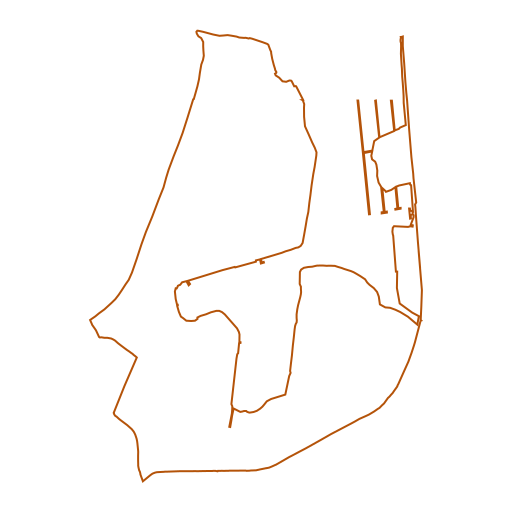 outline of Rodney Bay, Gros Islet, Saint Lucia
{"feature_id": "8701671B61329229942409", "entity_name": "Rodney Bay", "entity_type": "district", "adm_level": 2, "iso_a3": "LCA", "parent_name": "Saint Lucia", "parent_adm1": "Gros Islet", "projection": "equal_earth", "projection_center": [-60.952, 14.073], "detail": "fine", "context": "isolated", "style": "outline", "palette": "amber", "viewbox_px": 512, "rotation_deg": 0, "n_neighbors": 0, "source": "geoboundaries", "source_scale": "gbopen_adm2", "svg_char_len": 6040}
<svg xmlns="http://www.w3.org/2000/svg" viewBox="0 0 512 512"><path d="M402.8,36.5L401.3,37.0L400.8,37.0L400.9,37.5L400.5,40.0L400.6,41.9L401.0,42.9L401.1,46.2L400.9,53.7L401.6,65.0L401.9,68.6L402.2,76.5L402.7,82.3L403.3,90.5L403.6,95.9L403.7,102.9L405.8,125.1L400.0,127.6L398.8,128.9L394.7,130.4L391.9,100.7L390.9,100.7L392.1,111.7L394.2,131.0L379.5,137.3L375.9,100.5L375.2,100.7L379.2,137.6L374.2,141.1L372.3,150.6L363.5,152.1L358.2,100.5L357.5,100.5L362.9,152.9L369.0,214.3L369.9,214.2L363.8,153.1L372.2,151.4L371.3,155.8L372.1,159.4L375.2,161.7L376.4,164.7L377.3,170.6L377.1,176.0L378.6,182.6L381.1,186.8L383.8,212.0L381.7,212.3L381.7,213.4L386.9,212.6L386.8,211.6L384.7,212.0L382.3,188.1L385.8,191.3L386.0,191.8L391.3,189.9L395.4,187.1L397.4,208.4L395.3,208.9L395.4,209.6L400.6,208.7L400.6,207.9L398.3,208.2L396.2,186.7L399.1,185.5L409.9,183.2L410.1,184.6L411.1,185.2L413.0,212.1L412.6,212.3L412.2,210.9L410.2,210.8L409.9,208.5L409.1,208.5L410.1,218.6L410.9,218.4L410.7,215.0L412.9,214.1L413.6,215.3L413.6,217.2L410.8,224.7L412.8,225.3L412.6,226.6L410.4,226.3L408.0,226.9L394.0,226.2L392.8,227.8L392.4,231.7L392.8,234.4L393.2,235.7L395.9,271.6L397.2,271.6L396.9,288.0L399.7,303.5L412.2,312.6L418.9,316.2L417.3,324.6L407.9,316.7L400.2,312.0L395.3,309.7L390.1,307.8L385.3,307.4L379.9,304.4L378.8,296.6L377.1,292.0L373.8,288.1L369.5,284.8L367.2,282.5L365.1,279.3L360.3,276.1L356.6,273.9L353.6,272.2L351.0,271.1L344.0,268.9L341.7,268.0L337.9,266.9L334.9,265.9L330.0,265.7L326.5,265.8L322.6,265.5L317.1,265.6L315.6,265.9L312.2,266.7L308.2,267.0L303.9,267.8L301.1,269.6L299.9,272.0L299.7,284.0L300.9,286.7L300.9,288.9L301.1,292.1L300.8,294.6L300.2,297.3L298.1,305.2L297.3,309.2L296.6,314.3L296.6,318.0L296.8,320.3L296.6,322.5L295.8,323.8L295.1,326.0L294.6,329.5L293.8,337.4L292.9,345.1L291.9,355.7L290.9,363.9L290.1,371.0L290.6,372.9L289.2,376.0L285.3,394.6L271.1,399.0L266.8,401.3L264.1,404.7L262.4,406.7L260.1,408.7L256.9,410.8L253.6,412.0L250.5,412.5L249.3,412.6L247.2,411.9L246.2,411.0L244.0,411.0L242.4,411.5L240.3,411.9L233.8,408.6L233.2,410.5L232.1,415.6L231.3,420.7L230.2,427.0L229.3,426.8L231.9,413.5L232.2,409.4L232.3,406.3L231.4,404.1L236.5,358.5L237.2,354.5L237.6,353.7L238.1,353.3L239.1,343.2L240.5,342.9L240.5,342.2L239.4,342.0L239.5,334.5L238.9,332.0L237.0,328.3L224.8,314.4L222.0,312.1L219.3,310.9L216.2,310.9L210.9,312.3L206.0,314.3L200.6,315.9L197.4,317.5L197.5,318.9L195.0,320.7L191.2,321.0L186.3,320.7L183.2,318.2L180.9,316.6L178.9,311.9L177.2,306.0L177.8,305.5L177.7,304.6L177.0,304.5L175.7,299.0L174.9,291.5L175.7,288.3L176.6,288.5L177.1,287.8L177.9,285.8L179.1,285.2L180.2,284.8L182.1,282.3L186.4,281.2L188.7,285.3L190.0,284.0L187.9,280.8L200.6,276.9L222.6,270.1L234.8,266.9L235.2,267.4L255.9,261.7L255.9,260.4L260.0,259.4L260.9,263.5L263.9,262.6L263.7,261.9L261.7,262.5L261.0,259.0L273.2,255.4L281.8,252.8L285.6,251.3L290.8,249.8L295.7,247.9L298.3,247.4L300.7,245.9L302.6,243.0L304.1,234.9L305.6,226.4L306.9,218.5L308.3,212.1L309.3,203.1L310.4,195.2L311.6,185.3L313.3,174.0L314.6,167.1L316.3,155.7L316.5,152.3L314.8,147.8L312.2,142.5L308.4,133.8L305.0,126.3L304.1,116.9L304.0,107.7L304.2,104.1L303.2,101.3L302.8,100.2L302.4,100.0L303.1,99.9L296.2,86.4L295.8,86.1L294.2,86.3L291.7,81.2L291.0,80.6L289.4,80.5L286.2,81.8L282.5,81.3L279.2,77.7L275.7,75.4L275.0,73.7L276.2,72.9L276.4,72.1L275.2,70.0L275.0,68.8L273.8,65.0L272.2,58.8L271.2,53.3L271.1,51.7L270.3,50.1L268.3,44.7L267.2,43.9L262.6,42.2L252.1,38.7L249.7,38.1L248.8,38.5L245.7,37.8L244.0,37.9L239.2,37.5L236.6,36.6L231.5,35.7L227.6,35.1L223.4,35.5L219.5,35.8L213.1,34.5L206.4,32.7L203.0,31.8L198.4,30.8L197.3,30.7L196.4,31.8L196.8,33.6L198.4,36.3L201.2,38.1L203.2,42.0L203.2,46.4L203.4,50.5L203.8,55.8L203.0,59.9L201.3,64.5L199.9,72.7L199.0,79.3L197.4,86.4L195.2,94.2L193.8,99.1L193.2,99.3L187.4,118.0L182.6,133.0L178.0,145.4L173.6,156.4L168.6,169.8L166.2,177.6L163.5,187.5L158.8,199.2L152.2,216.7L145.9,232.0L141.5,244.2L136.6,259.2L132.0,272.5L128.7,279.9L125.6,284.3L121.8,290.2L118.7,294.8L115.3,299.2L111.3,303.1L104.4,309.4L98.9,313.4L95.4,316.3L91.2,319.2L90.1,320.0L91.9,324.1L92.2,324.9L95.7,329.9L96.2,330.8L98.8,336.4L99.0,336.9L99.9,337.5L100.4,337.4L101.4,337.3L104.4,337.8L107.3,337.8L111.2,338.5L113.3,339.5L115.1,340.6L118.0,343.2L121.9,346.2L126.7,349.8L129.1,351.4L131.4,353.1L132.5,353.8L133.6,354.9L135.2,356.1L136.5,357.2L136.8,357.5L124.5,385.9L113.7,412.9L114.0,413.3L114.1,414.1L114.4,414.6L115.1,415.7L115.9,416.3L116.3,416.4L119.0,418.9L120.5,420.1L127.2,425.1L130.1,427.7L131.7,429.1L133.7,431.6L134.6,433.3L135.3,434.8L136.6,438.7L137.1,441.1L137.4,443.3L138.1,450.3L138.2,452.0L138.1,455.8L138.1,458.5L138.1,460.5L138.2,464.1L138.2,465.8L138.5,467.5L139.1,470.1L140.0,472.1L140.2,473.1L140.4,473.9L140.4,474.4L142.9,481.3L149.8,475.6L151.1,474.6L152.4,473.7L153.3,473.3L155.1,472.6L156.9,472.2L160.4,472.0L164.2,471.8L164.6,471.7L166.0,471.7L180.0,471.2L183.8,471.2L193.3,471.2L193.6,471.1L197.5,471.2L201.7,471.1L208.0,471.0L208.8,471.0L212.4,471.0L212.9,470.9L215.5,470.9L217.6,471.3L217.9,470.9L220.6,470.9L221.4,470.8L225.1,470.9L225.5,470.8L228.5,470.8L229.2,470.7L238.1,470.7L240.0,470.6L242.3,470.6L243.2,470.6L244.6,470.6L245.8,470.6L246.4,470.8L249.3,470.7L250.8,470.5L256.2,470.3L257.3,470.0L258.9,469.7L259.6,469.5L265.1,468.4L265.9,468.2L266.4,468.2L267.0,468.0L267.4,468.0L269.2,467.6L272.1,466.4L275.4,464.9L275.8,464.8L289.3,457.0L290.9,456.2L299.4,451.7L305.7,448.4L320.7,440.0L331.0,434.1L351.4,423.4L354.9,421.5L359.4,418.9L365.9,416.0L368.9,414.6L374.1,411.5L377.8,408.9L379.5,407.9L381.9,405.4L384.0,403.5L388.0,397.9L389.4,396.7L391.0,394.8L392.7,393.0L393.8,391.3L397.3,386.4L397.5,385.5L398.3,384.1L403.3,372.9L407.0,364.7L408.4,361.6L409.4,358.8L411.5,353.0L413.8,346.0L414.9,342.4L420.6,320.7L421.2,320.5L420.7,320.0L421.3,307.0L421.8,293.0L421.9,290.1L418.6,250.7L420.1,267.9L417.9,241.8L415.9,215.1L415.4,207.2L415.1,204.5L416.2,202.5L413.5,178.2L413.2,173.6L411.4,157.1L409.1,128.8L407.1,100.6L406.3,92.8L405.4,82.0L404.2,63.5L402.8,46.1L402.8,36.5Z" fill="none" stroke="#b45309" stroke-width="2"/></svg>